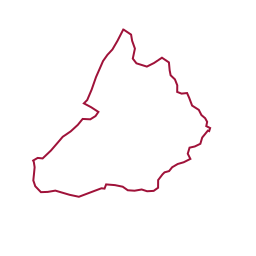 Nässjö, Jönköping, Sweden, rotated 201°
{"feature_id": "70781695B63607124803210", "entity_name": "Nässjö", "entity_type": "district", "adm_level": 2, "iso_a3": "SWE", "parent_name": "Sweden", "parent_adm1": "Jönköping", "projection": "mercator", "projection_center": [14.674, 57.636], "detail": "fine", "context": "isolated", "style": "outline", "palette": "rose", "viewbox_px": 256, "rotation_deg": 201, "n_neighbors": 0, "source": "geoboundaries", "source_scale": "gbopen_adm2", "svg_char_len": 1135}
<svg xmlns="http://www.w3.org/2000/svg" viewBox="0 0 256 256"><g transform="rotate(201 128 128)"><path d="M178.0,135.2L169.9,134.2L161.4,132.4L162.6,127.5L166.3,122.6L173.6,120.2L176.0,112.9L180.3,104.3L185.8,96.4L188.8,87.9L191.9,79.3L196.8,69.0L201.6,67.7L204.9,63.6L203.8,62.6L201.1,57.9L199.5,52.1L197.6,45.1L193.7,40.4L186.3,36.9L180.0,39.6L173.4,43.5L158.6,44.7L149.2,46.2L139.1,55.2L131.2,62.2L128.2,63.0L128.2,67.5L119.7,70.0L111.9,71.3L105.9,69.8L99.4,71.8L93.2,75.5L87.5,75.8L81.5,78.5L78.5,83.0L81.2,90.2L79.2,97.0L78.0,99.7L74.2,102.5L72.7,107.2L68.7,112.2L63.7,116.0L58.7,121.5L63.0,125.4L63.5,131.7L59.0,134.7L54.8,139.2L55.3,145.7L52.5,154.2L51.1,154.2L51.3,157.4L55.6,157.8L56.3,162.1L59.5,164.8L64.1,166.4L68.4,170.3L76.2,171.9L81.7,178.1L85.4,181.8L90.3,179.3L95.0,179.3L97.3,185.5L101.6,190.2L107.1,192.5L109.8,196.8L113.3,203.9L121.5,205.8L127.0,198.0L132.4,192.1L143.3,191.4L148.4,194.5L150.0,204.6L155.4,210.9L158.6,216.3L167.5,218.3L167.6,219.1L169.1,205.4L170.7,195.7L173.4,189.0L175.3,181.6L175.7,172.6L176.1,164.1L175.7,150.8L176.1,139.5L178.0,135.2Z" fill="none" stroke="#9f1239" stroke-width="2"/></g></svg>